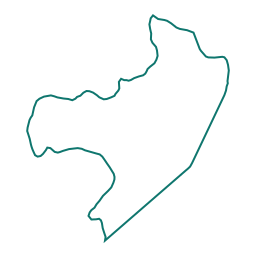 outline of Boa Vista do Gurupi, Maranhão, Brazil
{"feature_id": "56859067B62524536065955", "entity_name": "Boa Vista do Gurupi", "entity_type": "district", "adm_level": 2, "iso_a3": "BRA", "parent_name": "Brazil", "parent_adm1": "Maranhão", "projection": "mercator", "projection_center": [-46.212, -1.769], "detail": "fine", "context": "isolated", "style": "outline", "palette": "teal", "viewbox_px": 256, "rotation_deg": 0, "n_neighbors": 0, "source": "geoboundaries", "source_scale": "gbopen_adm2", "svg_char_len": 1651}
<svg xmlns="http://www.w3.org/2000/svg" viewBox="0 0 256 256"><path d="M105.0,240.6L185.4,170.8L187.8,168.8L190.1,166.6L192.1,163.0L224.4,95.1L226.0,90.5L226.7,86.3L227.8,83.3L227.5,81.1L228.8,70.5L228.0,64.8L226.7,60.2L224.4,57.3L222.3,56.8L214.5,57.6L208.3,57.4L205.9,56.5L200.9,50.8L199.7,48.9L193.5,32.6L187.1,30.2L179.8,28.9L176.4,27.5L171.1,23.3L167.1,20.8L164.4,20.0L158.1,19.0L153.0,15.4L150.7,18.3L150.1,21.3L149.4,24.3L150.2,29.2L151.2,33.5L150.9,39.3L152.4,42.7L156.0,46.9L157.0,50.5L157.6,55.9L156.4,59.7L154.4,63.3L150.1,66.7L147.6,69.0L146.6,71.3L145.3,73.6L143.1,75.3L139.0,76.4L134.2,78.1L130.9,80.0L128.6,80.7L126.4,80.1L124.1,80.1L121.1,78.8L118.9,81.9L119.3,88.4L118.4,90.5L115.5,93.9L114.5,95.8L111.0,97.4L106.7,99.0L103.7,99.3L99.3,97.3L96.9,95.2L93.1,92.6L89.4,91.2L86.5,91.0L83.4,92.7L80.4,95.7L77.1,96.9L75.4,98.7L72.3,100.2L68.3,99.0L63.4,98.5L57.4,97.4L54.3,96.3L50.9,95.4L44.0,96.6L39.5,98.7L36.6,101.1L34.1,107.3L33.0,112.2L32.3,115.4L30.8,117.5L29.5,120.1L27.6,127.6L27.2,131.0L28.4,134.7L29.7,138.8L31.0,144.8L31.6,146.9L32.4,149.2L33.7,152.2L35.1,155.2L37.6,156.6L40.6,156.0L43.0,153.9L45.9,150.1L47.3,147.6L50.4,148.1L54.7,151.9L57.8,152.6L60.0,152.0L62.9,150.9L69.0,149.1L74.2,148.5L77.7,148.1L81.8,148.8L85.0,150.3L88.2,151.2L92.1,152.3L96.3,153.5L99.7,154.4L102.3,156.6L104.2,159.3L106.9,163.3L109.7,167.3L113.7,173.8L114.5,176.9L114.4,179.5L113.4,182.7L111.3,187.4L108.0,191.0L103.0,195.8L99.5,200.8L96.5,204.3L94.5,207.7L91.4,210.1L89.7,212.4L88.5,215.9L91.4,219.5L96.1,219.3L99.1,218.8L100.9,220.3L101.9,223.0L102.7,228.1L104.2,232.8L105.6,237.0L105.0,240.6Z" fill="none" stroke="#0f766e" stroke-width="2"/></svg>